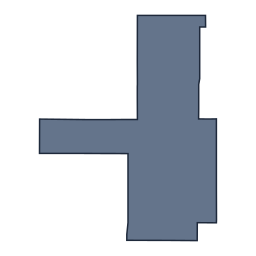 Tulsa, Oklahoma, United States of America
{"feature_id": "52423323B7804302532987", "entity_name": "Tulsa", "entity_type": "district", "adm_level": 2, "iso_a3": "USA", "parent_name": "United States of America", "parent_adm1": "Oklahoma", "projection": "robinson", "projection_center": [-95.925, 36.14], "detail": "fine", "context": "isolated", "style": "filled", "palette": "slate", "viewbox_px": 256, "rotation_deg": 0, "n_neighbors": 0, "source": "geoboundaries", "source_scale": "gbopen_adm2", "svg_char_len": 793}
<svg xmlns="http://www.w3.org/2000/svg" viewBox="0 0 256 256"><path d="M197.2,240.6L197.3,222.7L216.4,222.8L216.5,219.5L216.4,188.1L216.4,186.1L216.4,176.6L216.4,170.8L216.4,165.0L216.4,147.6L216.4,142.0L216.4,136.3L216.4,130.5L216.4,118.9L210.5,119.0L205.6,119.0L198.6,118.9L198.7,109.0L198.7,94.4L198.7,84.5L199.7,78.7L199.7,55.7L199.7,44.2L199.7,27.0L205.6,27.0L205.5,15.4L199.5,15.4L175.9,15.4L164.0,15.4L137.4,15.4L137.3,61.5L137.4,84.3L137.3,86.5L137.3,87.4L137.3,96.5L137.4,119.5L131.2,119.5L123.4,119.5L107.8,119.6L91.1,119.6L86.9,119.6L49.3,119.2L39.6,119.1L39.5,153.4L79.6,153.4L104.4,153.5L113.3,153.5L128.0,153.6L128.0,165.0L128.0,170.8L128.0,188.1L128.0,205.4L128.0,222.7L126.8,234.5L126.8,240.3L168.0,240.4L197.2,240.6Z" fill="#64748b" stroke="#1e293b" stroke-width="1.5"/></svg>